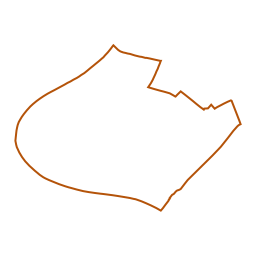 Bang Kho Laem, Bangkok Metropolis, Thailand
{"feature_id": "78962969B71944934513319", "entity_name": "Bang Kho Laem", "entity_type": "district", "adm_level": 2, "iso_a3": "THA", "parent_name": "Thailand", "parent_adm1": "Bangkok Metropolis", "projection": "mercator", "projection_center": [100.512, 13.698], "detail": "fine", "context": "isolated", "style": "outline", "palette": "amber", "viewbox_px": 256, "rotation_deg": 0, "n_neighbors": 0, "source": "geoboundaries", "source_scale": "gbopen_adm2", "svg_char_len": 2411}
<svg xmlns="http://www.w3.org/2000/svg" viewBox="0 0 256 256"><path d="M230.9,100.4L227.6,101.8L223.7,103.7L220.7,105.3L217.2,107.1L215.9,107.9L214.7,108.7L211.2,104.7L208.2,108.1L207.9,108.4L207.6,108.4L204.3,108.6L203.8,109.6L200.2,107.0L196.1,103.7L193.0,101.1L189.0,97.9L185.1,94.8L180.7,91.4L177.4,94.6L177.2,94.8L175.5,96.6L175.4,96.6L173.1,95.2L169.7,93.3L164.1,91.7L159.8,90.6L154.1,89.0L148.2,87.2L150.0,84.5L151.0,83.0L152.7,79.9L153.2,78.8L153.6,77.9L155.1,74.7L155.7,73.3L156.4,71.5L157.7,68.9L158.5,66.7L160.0,63.1L160.3,62.1L160.8,60.9L160.5,60.9L158.2,60.4L154.6,59.6L149.8,58.5L146.7,57.9L146.4,57.9L145.4,57.9L143.3,57.3L141.3,56.8L141.0,56.8L140.3,56.7L139.6,56.6L136.3,55.8L134.7,55.4L132.5,54.7L130.3,54.0L129.8,53.9L129.4,53.8L128.1,53.6L126.8,53.3L125.8,53.0L123.0,52.4L122.4,52.1L121.9,52.0L120.4,51.4L120.2,51.3L119.4,50.8L118.6,50.2L118.1,49.9L113.4,45.3L113.1,45.6L111.3,48.0L111.1,48.3L109.6,50.2L107.9,52.3L106.4,53.9L104.9,55.5L103.4,57.3L101.8,58.6L99.9,60.3L98.0,61.9L95.4,64.0L93.1,65.9L90.1,68.3L87.4,70.6L84.3,73.1L81.2,75.0L79.3,76.4L76.9,77.9L73.4,79.7L70.4,81.5L67.5,82.9L64.6,84.6L62.0,86.0L54.4,90.1L51.1,91.8L47.6,93.7L43.5,96.2L39.8,98.7L36.4,101.2L32.9,104.1L30.3,106.5L27.5,109.6L27.2,109.9L26.2,111.1L23.8,114.1L21.8,116.9L20.3,119.4L18.8,122.0L17.7,125.0L17.1,127.5L16.5,130.5L16.1,134.0L15.4,140.8L16.2,144.8L16.8,147.1L19.3,152.5L22.0,157.0L25.2,161.3L29.4,165.8L34.8,170.7L39.7,174.8L43.2,177.2L45.4,178.4L49.1,180.1L54.0,182.1L59.2,184.2L65.3,186.3L68.9,187.4L70.5,187.8L76.6,189.5L83.1,191.1L88.8,192.1L95.0,193.0L100.5,193.7L102.4,193.9L106.4,194.4L112.5,195.2L117.8,196.0L123.3,196.9L129.9,198.0L133.7,198.9L135.4,199.2L136.4,199.5L141.5,201.3L146.0,203.2L150.7,205.3L156.2,208.0L160.8,210.6L162.8,208.3L165.6,204.5L168.0,201.4L168.7,200.4L168.7,199.9L168.9,199.6L169.2,199.4L169.6,198.9L169.6,198.6L169.9,198.2L169.7,198.0L171.0,196.3L171.9,195.1L172.5,194.6L173.2,194.3L173.7,194.0L174.1,193.6L174.4,193.2L174.9,192.7L175.1,192.4L175.3,192.1L175.7,191.7L176.1,191.3L176.3,191.1L177.3,190.4L178.5,190.1L179.4,189.7L180.6,189.1L181.4,188.1L185.0,183.4L187.7,180.0L212.4,155.6L216.9,150.9L220.8,146.8L227.2,138.8L230.3,134.8L233.3,130.9L237.1,126.6L237.8,125.9L238.4,125.4L239.1,124.9L240.4,124.3L240.6,124.2L239.3,120.6L238.9,119.6L237.2,115.2L235.6,111.1L232.0,101.8L231.7,100.9L231.3,100.6L230.9,100.4Z" fill="none" stroke="#b45309" stroke-width="2"/></svg>